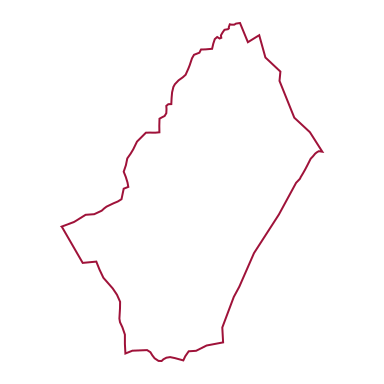 the district of Santiago Lalopa, Oaxaca, Mexico
{"feature_id": "50627088B8129792994601", "entity_name": "Santiago Lalopa", "entity_type": "district", "adm_level": 2, "iso_a3": "MEX", "parent_name": "Mexico", "parent_adm1": "Oaxaca", "projection": "equal_earth", "projection_center": [-96.254, 17.416], "detail": "fine", "context": "isolated", "style": "outline", "palette": "rose", "viewbox_px": 384, "rotation_deg": 0, "n_neighbors": 0, "source": "geoboundaries", "source_scale": "gbopen_adm2", "svg_char_len": 1558}
<svg xmlns="http://www.w3.org/2000/svg" viewBox="0 0 384 384"><path d="M125.4,353.5L132.4,350.7L147.1,350.1L150.4,352.2L152.3,355.3L154.6,358.3L158.5,360.9L161.6,361.0L163.4,359.3L166.4,357.7L170.1,357.1L174.9,358.1L183.3,360.4L185.3,356.2L188.7,351.3L196.1,350.8L206.6,345.5L223.1,342.4L222.7,335.0L222.3,327.5L233.8,296.9L239.3,286.7L254.0,253.1L278.9,214.5L296.1,182.8L300.0,178.7L300.6,177.3L303.0,173.3L305.2,169.4L307.4,165.2L310.7,158.7L312.9,156.4L315.2,153.6L317.0,152.2L318.8,151.2L322.3,151.7L309.9,132.2L294.3,117.7L279.5,80.9L280.4,71.6L265.4,57.5L259.2,35.2L247.9,42.2L240.0,23.0L236.0,23.6L234.2,24.7L231.7,24.7L229.8,24.3L229.4,25.5L228.8,27.1L228.9,28.4L227.9,29.2L224.5,29.8L222.7,32.3L220.9,35.4L221.3,37.8L219.6,38.5L217.2,37.0L214.8,39.1L213.3,43.6L212.1,48.8L205.2,49.4L201.0,49.5L199.4,52.7L194.0,54.8L192.0,58.3L189.7,65.2L188.4,68.5L185.6,74.8L182.8,77.3L178.6,80.3L174.9,84.2L173.4,86.9L172.1,92.3L171.6,98.0L171.3,104.1L168.3,104.2L166.3,105.9L166.5,109.1L166.3,113.2L164.6,116.0L162.2,117.2L159.5,118.7L159.3,125.9L159.4,132.3L155.2,132.7L149.6,132.6L145.9,132.7L137.0,141.6L133.2,149.4L130.6,153.7L127.3,158.4L125.9,165.2L123.7,171.7L125.8,177.0L127.5,182.5L128.3,186.9L123.7,188.7L121.5,199.2L117.8,201.5L113.5,203.3L106.6,206.6L104.2,208.4L101.7,210.7L94.2,214.2L85.6,214.8L74.2,221.9L61.7,226.6L61.8,226.7L82.7,262.9L96.3,261.6L99.5,269.6L103.4,277.8L112.7,288.4L117.0,294.8L120.1,301.8L120.0,308.4L119.4,318.6L120.0,322.2L122.4,327.3L124.9,334.6L124.9,343.9L125.4,353.5Z" fill="none" stroke="#9f1239" stroke-width="2"/></svg>